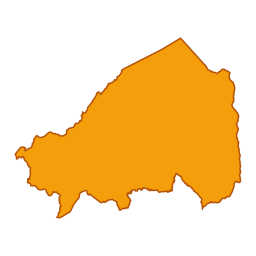 Rumphi, Rumphi, Malawi
{"feature_id": "42251766B19667920055188", "entity_name": "Rumphi", "entity_type": "district", "adm_level": 2, "iso_a3": "MWI", "parent_name": "Malawi", "parent_adm1": "Rumphi", "projection": "robinson", "projection_center": [33.745, -10.79], "detail": "fine", "context": "isolated", "style": "filled", "palette": "amber", "viewbox_px": 256, "rotation_deg": 0, "n_neighbors": 0, "source": "geoboundaries", "source_scale": "gbopen_adm2", "svg_char_len": 5890}
<svg xmlns="http://www.w3.org/2000/svg" viewBox="0 0 256 256"><path d="M122.7,69.4L122.1,70.5L121.6,70.7L121.7,72.0L120.6,74.0L119.6,75.0L119.0,76.1L117.3,76.5L116.9,79.1L116.4,80.0L116.2,79.8L115.6,80.1L114.5,79.8L114.0,81.0L113.3,81.4L112.6,82.4L111.2,82.9L110.5,83.4L109.5,83.2L108.4,83.8L107.9,84.6L108.1,85.4L106.8,86.6L106.6,88.0L105.8,88.2L105.3,88.7L104.6,89.5L104.3,90.4L101.9,92.8L101.5,94.0L100.4,94.4L99.8,92.8L98.8,91.9L98.2,92.0L96.8,93.1L96.5,93.8L96.5,94.7L95.0,97.6L94.1,98.8L93.4,99.3L92.5,101.5L87.7,107.5L87.4,109.6L86.0,111.5L85.9,112.4L83.6,113.5L83.0,112.3L82.7,112.1L82.5,113.1L82.7,114.1L81.3,115.4L81.4,116.0L82.5,117.2L81.5,119.3L81.4,120.9L81.1,121.0L80.0,120.6L78.5,123.0L77.8,123.6L76.4,123.3L75.6,123.5L75.0,124.1L73.5,127.3L68.7,128.5L68.1,129.5L67.2,129.8L66.5,131.3L66.5,133.5L65.7,134.5L62.7,136.0L59.9,135.8L59.3,135.4L58.5,134.4L56.5,134.4L55.3,133.6L52.6,133.5L51.7,132.4L50.2,132.0L48.3,132.9L44.4,136.4L41.6,137.4L40.6,137.5L38.4,137.0L37.0,135.6L36.4,135.7L33.8,139.4L33.6,142.4L32.4,143.4L32.2,145.7L31.0,147.6L28.9,148.6L27.3,149.0L26.3,150.4L25.7,150.8L25.2,150.6L24.8,149.9L24.7,149.3L25.3,148.0L24.6,147.5L23.5,147.1L22.4,147.0L20.4,147.6L15.4,154.1L15.4,155.0L16.6,156.6L16.4,157.9L16.6,158.9L17.6,158.6L19.1,156.8L19.9,156.9L21.3,157.9L21.8,157.6L22.6,156.5L23.2,156.4L24.1,158.4L24.4,159.9L26.5,161.8L27.6,163.6L28.0,165.2L28.6,165.9L28.9,166.8L30.1,167.1L30.5,167.5L30.2,169.3L30.4,174.2L29.8,176.7L29.6,179.4L29.4,179.6L28.9,179.6L28.2,178.6L27.9,178.7L27.7,179.3L27.9,180.7L27.5,182.3L28.0,182.8L30.1,183.3L30.5,184.0L30.7,185.6L31.9,185.8L34.0,185.7L35.0,186.0L36.7,187.1L38.0,189.1L39.5,189.8L41.5,189.9L44.3,189.0L45.2,189.3L45.9,190.0L46.9,192.9L48.0,194.1L48.3,195.1L49.0,195.5L50.4,195.6L51.3,195.2L53.3,192.0L53.8,191.7L54.8,192.5L55.7,192.1L56.6,192.2L57.8,193.6L60.0,194.7L60.3,195.8L59.1,197.6L59.5,198.7L59.0,200.2L59.7,201.6L59.4,202.8L60.4,204.3L60.4,205.1L61.0,206.4L60.1,207.0L59.8,208.5L59.8,210.6L59.5,211.9L58.5,213.1L58.1,215.6L57.0,217.3L59.2,217.8L60.1,217.6L62.7,216.3L64.8,214.8L69.8,212.1L70.7,210.8L74.2,203.6L78.8,197.8L79.2,196.8L79.4,194.8L80.2,193.0L81.1,192.3L85.3,190.5L86.1,190.6L86.6,191.0L87.5,193.8L88.1,194.7L89.0,195.0L89.7,194.1L100.3,202.3L101.8,202.6L102.9,202.2L103.6,201.6L104.1,201.7L104.6,202.3L105.1,202.2L109.2,199.8L112.7,199.5L113.8,200.4L115.9,201.2L116.7,201.9L117.2,205.0L118.3,206.8L119.8,210.2L120.9,209.8L121.6,209.2L122.0,208.4L124.8,208.6L125.2,208.3L125.6,208.3L126.4,207.5L127.1,208.0L127.7,208.0L127.9,207.9L128.2,206.8L128.8,206.1L129.1,204.7L129.5,204.6L129.5,203.6L129.2,203.3L129.4,202.9L130.3,201.6L130.3,201.1L130.7,200.7L130.1,200.3L130.2,199.6L130.0,198.9L129.3,198.4L128.6,197.0L128.3,196.7L127.9,196.8L127.4,196.3L127.5,194.9L127.9,194.7L127.9,194.4L127.1,194.2L127.1,193.9L127.5,193.3L128.2,193.4L128.8,193.2L128.8,192.9L129.8,193.4L129.7,193.6L129.9,193.7L131.0,193.5L131.5,192.4L130.8,192.5L130.5,191.5L131.5,191.1L131.2,190.8L132.2,189.9L135.4,190.1L135.8,190.5L135.7,191.0L136.0,191.0L136.4,190.5L136.8,190.5L137.1,190.2L137.3,190.6L137.8,189.4L139.6,188.5L139.9,188.9L140.3,189.0L140.7,189.8L141.3,190.1L142.3,189.5L142.5,189.1L142.2,188.8L142.6,188.6L143.0,187.9L143.6,188.1L143.6,187.7L143.8,187.7L145.4,188.4L146.5,188.4L147.7,189.7L148.4,189.9L148.5,189.5L148.7,189.9L149.3,189.8L149.7,190.6L149.9,190.6L150.1,190.1L150.6,190.5L150.8,190.4L151.0,189.6L151.3,189.8L151.7,189.6L152.3,190.3L154.7,190.5L157.3,189.9L158.0,191.2L159.4,192.3L161.5,191.6L163.9,191.7L166.1,191.2L167.0,191.6L167.2,191.4L167.3,191.8L167.8,191.4L168.2,192.0L168.4,192.0L168.9,191.8L169.5,190.9L169.9,191.1L169.7,191.3L170.4,191.2L170.4,190.4L171.1,191.0L171.8,190.9L172.4,189.8L171.8,187.8L172.5,187.3L172.2,185.5L172.7,184.0L172.9,183.9L172.8,183.0L173.2,182.2L174.2,182.2L174.3,182.0L173.9,181.8L174.3,180.8L173.8,180.4L174.6,180.0L174.3,179.6L174.3,178.3L173.9,177.8L173.7,177.9L174.0,177.5L173.8,177.3L175.0,176.7L175.4,175.1L176.5,172.8L176.3,173.4L176.7,174.0L177.9,174.8L179.2,175.4L179.9,176.1L181.0,176.4L181.4,176.9L181.4,177.9L182.5,180.0L183.4,181.4L184.1,181.8L184.5,182.7L185.5,183.5L186.0,183.5L186.4,184.7L187.5,184.7L187.6,185.5L188.0,186.1L189.8,185.8L190.5,186.9L193.1,189.4L193.7,190.8L195.9,192.5L196.9,193.0L198.2,194.8L199.2,195.6L200.0,197.2L200.8,197.6L201.0,198.2L201.8,198.9L201.9,199.4L201.0,202.3L201.1,202.5L201.8,202.6L202.5,208.5L203.5,206.8L205.6,205.6L207.0,203.8L208.2,203.2L209.8,203.0L210.5,202.4L210.8,201.7L211.3,201.8L212.3,202.7L213.9,202.6L215.1,202.1L215.8,202.7L218.2,202.6L220.3,201.5L221.4,199.3L222.3,198.6L223.7,198.3L225.0,198.5L226.3,197.4L226.8,196.6L228.7,196.8L229.8,196.1L230.5,195.2L230.7,194.1L231.3,193.6L232.5,190.8L234.2,185.6L234.0,184.0L235.1,182.1L236.1,181.3L238.0,182.3L239.5,182.5L240.6,181.0L240.1,178.8L240.3,178.0L239.7,175.9L239.6,174.8L239.9,173.7L240.6,172.5L240.1,171.8L240.5,171.0L239.8,168.4L240.3,167.7L240.5,165.7L240.0,164.4L240.2,162.4L239.7,161.1L239.7,159.7L239.4,158.7L239.8,157.2L240.1,154.8L239.0,152.9L239.3,151.8L238.9,150.4L239.1,149.7L238.2,146.5L238.4,145.4L238.3,143.8L238.7,142.1L238.1,141.6L237.3,139.1L237.4,138.2L236.4,136.9L236.7,136.2L236.6,133.6L237.4,132.5L237.4,131.5L238.1,130.3L238.3,129.4L238.1,128.4L237.3,126.8L237.3,126.0L236.6,124.4L236.5,123.4L236.7,122.9L237.3,122.5L238.1,120.7L238.0,118.5L238.6,116.7L238.3,116.2L238.7,115.9L238.2,115.0L237.9,113.7L234.7,109.4L233.5,108.5L231.9,105.4L232.1,104.1L233.6,101.7L233.8,98.9L233.4,96.9L233.9,95.2L233.4,94.2L234.3,92.0L234.3,90.4L234.8,88.4L233.9,84.5L232.7,81.9L231.7,81.7L231.5,81.2L230.5,80.4L229.2,77.4L229.1,75.3L230.0,73.1L228.4,71.5L227.3,71.0L226.4,71.0L225.4,69.9L224.7,69.8L223.8,69.1L221.8,69.5L221.1,70.6L216.8,73.5L215.0,72.4L212.9,72.3L211.9,71.3L211.4,71.6L210.9,71.5L210.4,70.8L208.3,69.9L207.5,69.1L206.0,66.2L203.4,63.5L180.6,38.2L161.3,49.7L122.7,69.4Z" fill="#f59e0b" stroke="#b45309" stroke-width="1.5"/></svg>